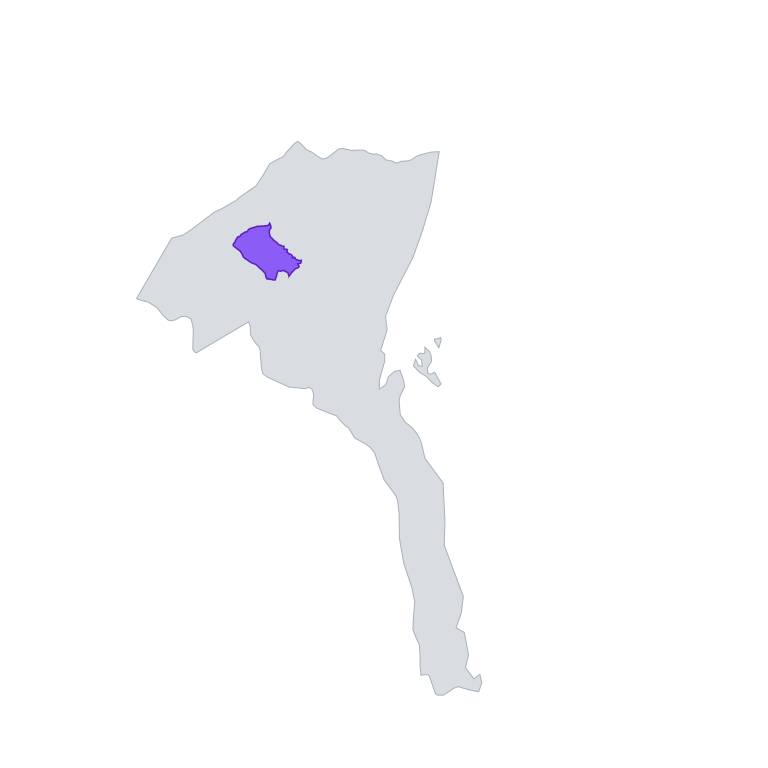 Dige, Gash Barka, Eritrea shown in context, rotated 36°
{"feature_id": "51966322B2269469169299", "entity_name": "Dige", "entity_type": "district", "adm_level": 2, "iso_a3": "ERI", "parent_name": "Eritrea", "parent_adm1": "Gash Barka", "projection": "orthographic", "projection_center": [37.574, 15.721], "detail": "fine", "context": "in_parent", "style": "filled", "palette": "violet", "viewbox_px": 768, "rotation_deg": 36, "n_neighbors": 0, "source": "geoboundaries", "source_scale": "gbopen_adm2", "svg_char_len": 7914}
<svg xmlns="http://www.w3.org/2000/svg" viewBox="0 0 768 768"><g transform="rotate(36 384 384)"><path d="M133.6,460.3L131.2,437.5L129.7,422.3L128.0,406.1L126.5,390.9L133.8,381.6L137.2,372.8L145.9,344.0L149.4,338.2L156.3,322.8L157.2,318.4L164.0,298.9L163.4,286.0L162.1,272.9L165.7,265.2L169.0,259.0L168.8,253.8L170.3,241.6L171.4,238.6L175.3,238.4L183.5,240.0L189.5,238.8L196.5,238.8L201.8,238.4L205.0,234.7L209.3,220.5L212.1,217.6L214.3,216.8L220.4,214.1L225.6,210.0L229.9,207.0L231.5,206.4L236.0,206.1L240.5,204.3L242.5,202.3L248.2,200.7L253.8,201.6L257.5,199.8L260.0,198.7L262.8,198.6L265.4,196.9L266.4,194.4L268.1,192.8L272.5,189.1L274.4,186.4L275.3,183.7L276.2,181.6L278.1,178.0L285.6,168.9L292.1,163.6L315.2,209.2L324.6,236.1L333.0,264.3L339.5,306.6L345.4,328.2L354.9,338.7L361.5,358.8L367.0,359.5L371.1,365.0L378.1,383.9L383.1,390.9L385.6,384.8L385.3,381.3L383.3,375.5L385.0,368.0L388.8,363.4L397.6,369.5L402.4,374.0L403.8,383.3L405.9,388.5L415.2,399.3L423.0,402.3L433.0,403.0L441.4,405.3L448.2,409.2L460.9,420.1L489.9,429.3L513.6,458.7L527.6,479.1L573.2,509.4L581.3,524.3L585.6,538.8L595.1,537.9L611.7,553.6L616.6,565.6L630.1,569.7L632.2,562.5L638.7,568.2L641.5,577.3L633.1,581.2L623.7,584.7L622.4,584.6L619.4,588.9L615.1,600.6L610.3,604.1L607.7,604.4L592.8,593.9L590.5,593.4L587.4,595.6L585.1,597.9L578.1,589.8L573.0,582.7L565.9,574.2L559.1,570.4L551.7,565.7L544.4,554.5L536.9,542.1L526.0,532.1L505.6,517.7L486.9,499.4L472.5,480.1L463.2,470.0L459.3,467.5L440.5,461.4L427.2,452.6L417.1,445.4L410.8,443.5L404.8,443.3L392.0,444.9L381.4,440.4L376.9,440.5L369.8,439.2L364.1,437.6L357.6,439.6L344.1,443.0L338.6,442.4L335.6,437.8L333.8,434.3L329.0,430.6L325.2,430.7L323.1,434.0L309.0,442.3L285.5,447.0L279.9,446.7L275.7,443.4L263.7,429.3L260.3,427.0L257.6,426.8L252.1,425.1L246.9,422.4L242.4,416.6L237.9,413.3L233.0,424.7L224.4,444.6L219.8,455.2L213.9,469.0L212.0,469.4L209.0,468.4L197.2,451.3L189.8,444.8L184.3,445.5L180.3,448.6L177.7,454.3L175.0,457.8L172.0,459.2L165.5,458.5L155.7,455.7L145.5,456.3L135.0,460.2L133.6,460.3ZM409.7,345.3L412.9,349.5L415.1,349.1L416.8,347.6L418.0,344.6L430.1,350.4L429.5,354.3L422.3,354.6L414.0,353.0L406.3,353.7L397.2,352.1L395.0,345.5L400.8,348.6L403.8,347.8L404.4,346.9L400.2,342.5L394.4,341.7L394.7,338.1L397.3,336.7L398.9,335.0L395.5,330.2L402.1,331.2L406.2,334.1L409.0,337.5L409.7,345.3ZM404.4,314.8L407.1,322.4L399.6,319.6L398.4,318.0L401.6,315.0L402.3,313.1L404.4,314.8Z" fill="#d9dde1" stroke="#a8b0b8" stroke-width="1"/><path d="M243.7,352.5L243.7,352.1L243.8,351.8L243.9,351.1L244.0,350.8L243.9,350.4L243.7,349.7L243.7,349.1L243.9,348.3L243.9,347.5L244.1,346.6L244.2,346.0L244.2,345.7L244.3,345.0L244.3,344.1L244.4,343.6L244.6,343.0L244.7,342.7L244.9,342.3L245.8,341.1L246.0,340.8L246.2,340.3L246.3,339.6L246.2,339.1L246.2,338.7L245.8,338.5L245.6,338.5L244.1,337.7L243.9,337.7L243.5,337.5L243.4,337.4L243.5,337.3L243.9,337.0L244.1,336.9L244.5,336.6L244.7,336.2L244.8,336.0L245.0,335.9L245.3,335.6L245.6,335.4L245.6,335.0L245.1,333.8L245.0,333.5L244.9,333.2L244.8,332.9L244.6,332.6L244.4,332.5L243.9,333.1L243.4,333.5L243.2,333.6L242.9,333.9L242.4,334.1L242.2,334.1L242.1,334.3L241.9,334.3L241.4,334.4L240.9,334.5L240.2,334.8L239.7,334.9L239.3,334.9L239.1,334.8L238.8,334.7L237.6,334.1L237.2,334.1L236.7,334.2L236.6,334.3L236.4,334.6L236.5,335.2L236.4,335.4L236.2,335.6L236.2,335.8L235.9,335.9L235.7,335.8L235.7,335.5L235.4,335.1L235.3,334.9L235.1,334.7L234.1,334.1L233.8,334.0L233.2,333.9L232.4,333.9L232.1,334.0L231.9,334.0L231.4,334.3L231.1,334.8L230.9,334.8L230.5,334.4L230.3,334.3L230.0,334.3L229.2,334.4L228.8,334.3L228.4,334.4L227.9,334.3L227.8,334.1L227.7,334.0L227.4,333.2L227.3,332.8L227.2,332.4L226.9,332.2L226.7,332.1L226.4,332.1L226.1,332.1L225.8,332.2L225.6,332.4L225.3,332.8L225.0,333.1L224.8,333.2L224.4,333.3L224.1,333.4L223.7,333.4L223.4,333.4L223.2,333.3L223.0,333.0L222.8,332.6L222.6,332.1L222.3,331.5L222.2,331.4L221.7,331.6L221.1,331.9L220.8,332.1L219.8,332.4L219.2,332.5L218.7,332.5L218.4,332.6L218.0,332.7L217.7,332.9L217.0,333.2L216.2,332.9L215.2,332.7L214.9,332.6L214.0,332.6L213.7,332.5L213.2,332.6L212.9,332.5L212.2,332.5L211.8,332.6L211.4,332.6L210.9,332.6L210.6,332.7L210.4,332.6L210.1,332.4L209.3,332.3L208.7,332.1L208.3,332.1L208.0,332.0L207.7,331.9L207.3,331.9L207.1,331.9L206.6,331.8L206.1,331.8L205.7,331.8L205.3,331.6L205.1,331.5L204.7,331.0L203.9,330.3L203.5,330.2L203.0,329.8L202.5,329.2L202.3,329.0L201.8,328.5L201.6,328.2L201.5,327.6L201.3,327.4L201.1,327.2L201.0,326.9L201.0,326.4L200.8,326.1L200.8,325.7L200.9,324.4L200.9,324.2L200.7,323.9L200.4,323.7L200.2,323.4L199.9,323.2L199.5,322.8L199.4,322.6L199.2,322.4L198.7,322.2L198.0,321.7L197.8,321.6L197.4,321.3L197.0,321.2L197.1,321.4L197.1,321.5L197.2,321.8L197.2,322.0L197.1,322.4L197.2,322.5L197.4,322.9L197.4,323.0L197.2,323.3L196.9,323.7L196.7,323.8L196.5,324.1L196.5,324.4L196.4,324.8L196.2,324.9L195.8,325.1L195.5,325.5L195.4,325.6L195.1,325.6L194.7,325.9L194.0,326.9L193.8,327.0L193.6,327.2L192.9,327.5L192.6,327.9L192.5,328.0L192.4,328.0L192.1,328.1L191.9,328.2L191.8,328.7L191.5,328.9L191.4,329.2L191.1,329.4L190.8,329.4L190.2,329.8L190.0,330.0L189.9,330.0L189.7,330.1L189.5,330.3L189.3,330.8L189.2,330.9L188.5,331.3L188.3,331.4L188.1,332.0L188.0,332.4L187.9,332.5L187.7,332.6L187.4,332.9L187.2,333.3L186.9,333.5L186.3,334.2L186.2,334.6L186.1,334.8L186.1,335.0L185.3,335.5L185.1,336.0L184.9,336.1L184.6,336.6L184.4,336.8L184.0,337.6L183.9,337.8L183.7,338.2L183.6,338.7L183.6,339.2L183.6,339.4L183.7,339.8L183.7,340.4L183.7,340.8L183.5,341.4L183.4,341.6L183.1,342.0L182.5,342.5L182.2,342.9L182.1,343.1L181.9,343.4L181.8,344.2L181.5,344.9L181.0,345.6L180.9,346.0L180.8,346.3L180.6,346.6L180.6,348.1L180.8,348.6L180.8,348.9L180.7,349.0L180.5,349.4L180.1,350.0L179.9,350.1L179.6,350.2L179.6,350.3L179.5,350.5L179.3,351.0L179.2,351.3L179.3,352.7L179.3,352.9L179.4,353.3L179.4,353.6L179.5,354.2L179.4,354.7L179.4,355.1L179.6,355.5L179.8,355.9L179.8,356.2L180.1,357.0L180.1,357.3L180.0,357.5L179.9,358.0L179.8,358.4L179.8,358.9L179.8,359.4L180.1,359.9L180.5,360.4L180.6,360.6L181.1,360.7L181.4,360.8L181.8,360.8L182.2,360.9L182.7,360.8L183.1,360.9L183.6,360.8L183.8,360.8L184.3,360.9L185.2,360.9L185.9,360.9L186.0,361.0L186.8,361.0L187.2,361.0L187.3,361.0L187.8,361.0L188.3,361.1L188.6,361.0L188.7,360.9L188.8,360.9L188.8,361.0L189.1,361.0L189.4,361.1L189.8,361.1L190.0,361.1L190.6,361.5L191.1,361.6L191.4,361.7L192.1,362.0L192.9,362.2L193.0,362.3L193.7,362.9L194.1,363.1L194.4,363.3L194.8,363.4L195.0,363.6L195.4,363.8L195.8,364.0L196.0,364.0L196.4,363.9L196.6,364.0L196.8,364.1L197.5,364.1L198.0,364.1L198.4,364.1L199.0,364.1L199.4,364.1L200.1,364.0L201.8,363.9L202.4,364.0L203.2,364.0L203.5,364.0L203.8,363.9L204.6,363.9L204.9,363.9L205.3,363.9L205.8,363.8L206.1,363.7L206.6,363.5L207.6,363.3L207.9,363.2L208.2,363.1L208.5,363.0L209.3,362.8L210.0,362.7L210.7,362.6L210.8,362.6L211.1,362.7L211.7,362.7L212.0,362.8L212.3,362.8L213.0,362.9L213.7,363.0L215.1,363.3L218.5,363.5L218.9,363.6L219.7,363.8L220.1,363.8L221.2,364.0L221.3,364.1L222.0,364.2L222.3,364.2L222.9,364.3L223.1,364.4L223.4,364.9L223.6,365.0L225.0,366.3L225.6,366.7L225.9,366.9L226.1,367.0L226.4,367.2L226.6,367.3L226.8,367.6L227.1,367.8L227.4,367.8L227.5,367.8L228.0,367.6L228.1,367.4L228.2,367.1L228.3,367.1L228.9,367.0L229.2,366.7L229.5,366.5L230.2,366.4L231.1,365.9L231.9,365.4L232.8,365.1L233.1,364.9L233.5,364.6L234.1,364.3L234.6,364.0L234.8,363.8L234.3,362.4L234.2,362.0L233.9,361.3L233.8,360.5L233.6,360.1L233.5,359.9L233.4,359.4L232.5,357.7L232.4,357.4L232.3,356.8L232.1,355.7L232.0,355.0L232.0,354.6L232.1,354.4L232.3,354.2L232.9,353.9L233.0,353.9L233.6,353.8L234.0,353.5L234.9,352.5L235.2,352.0L235.3,351.8L235.8,351.2L236.1,351.0L236.4,351.0L236.6,350.9L237.0,351.1L237.4,351.1L238.7,350.9L239.0,350.7L240.0,350.5L240.6,350.5L240.8,350.5L241.2,350.7L241.7,351.1L242.1,351.5L242.4,351.6L242.6,351.8L243.3,352.1L243.5,352.2L243.7,352.5Z" fill="#8b5cf6" stroke="#5b21b6" stroke-width="1.5"/></g></svg>